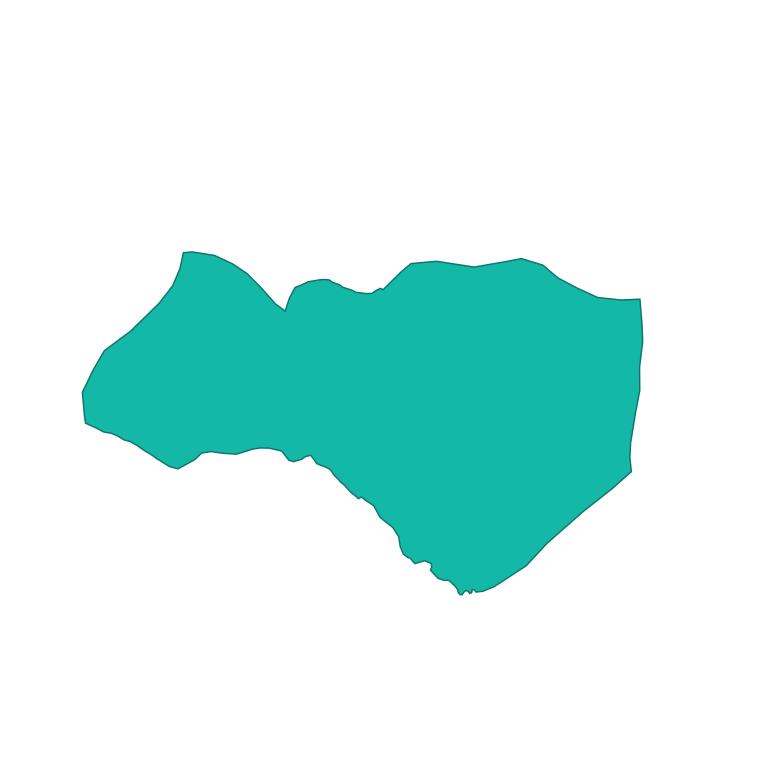 Puncak Jaya, Papua, Indonesia, rotated 137°
{"feature_id": "22746128B50358350022934", "entity_name": "Puncak Jaya", "entity_type": "district", "adm_level": 2, "iso_a3": "IDN", "parent_name": "Indonesia", "parent_adm1": "Papua", "projection": "natural_earth1", "projection_center": [137.994, -3.489], "detail": "fine", "context": "isolated", "style": "filled", "palette": "teal", "viewbox_px": 768, "rotation_deg": 137, "n_neighbors": 0, "source": "geoboundaries", "source_scale": "gbopen_adm2", "svg_char_len": 2895}
<svg xmlns="http://www.w3.org/2000/svg" viewBox="0 0 768 768"><g transform="rotate(137 384 384)"><path d="M629.0,558.9L626.5,553.0L624.5,548.1L622.7,542.9L621.6,539.9L619.9,537.7L619.2,536.7L617.1,534.0L615.1,529.6L614.2,527.6L613.4,524.6L612.7,522.1L612.3,520.6L609.3,515.6L608.8,514.6L608.2,512.8L607.7,511.4L607.3,509.9L606.6,507.9L606.5,507.6L606.3,506.7L605.4,502.1L604.6,498.5L604.6,498.3L603.9,496.1L602.7,492.3L602.6,491.9L601.6,487.1L601.1,484.2L600.5,482.2L600.2,481.2L597.2,470.0L593.6,464.1L592.6,462.5L591.8,462.3L584.5,460.4L577.3,458.6L575.8,458.2L574.5,457.9L574.2,457.8L573.5,457.8L572.7,457.8L572.2,457.8L566.9,457.8L565.2,457.8L564.3,457.8L556.3,452.3L554.0,449.4L552.4,447.3L550.6,445.1L547.2,441.2L544.4,438.3L539.8,433.3L537.9,432.4L535.7,431.3L532.3,429.7L530.9,429.0L529.7,428.4L524.5,426.0L520.1,423.0L518.2,421.7L514.5,418.1L511.9,415.6L507.7,409.5L504.5,404.6L505.6,393.1L503.0,388.8L496.1,385.4L495.6,385.1L490.7,384.4L486.2,381.8L486.7,376.5L486.7,375.9L487.5,371.8L485.7,367.7L483.4,363.3L481.9,359.3L481.8,357.1L481.8,356.3L482.7,351.2L482.4,345.7L482.6,342.3L481.9,336.9L482.1,331.4L482.1,326.5L481.2,322.2L480.9,317.6L477.4,316.5L477.0,313.2L476.8,311.5L475.7,307.0L474.4,301.4L474.8,300.9L477.8,289.1L477.7,288.0L475.6,274.3L475.4,273.1L477.4,262.2L483.0,254.1L485.8,246.4L485.8,246.1L484.9,240.7L483.7,239.1L483.9,231.6L474.9,227.1L471.9,220.6L473.7,217.8L477.0,216.1L477.0,210.5L477.0,205.0L474.0,199.5L470.4,196.0L470.0,189.0L470.0,186.6L470.2,183.9L471.8,181.1L472.0,178.0L470.4,176.6L467.9,177.3L464.9,177.1L463.9,175.1L464.1,172.4L463.0,171.8L461.8,171.8L459.9,173.5L458.2,172.0L458.6,169.1L453.0,165.0L441.7,160.7L433.4,159.2L413.7,155.8L404.1,154.1L373.3,156.3L354.9,155.8L353.2,155.7L325.0,154.9L297.3,152.6L288.6,151.9L269.1,151.4L262.9,151.2L254.3,162.6L243.4,173.1L225.4,187.0L218.8,192.1L201.5,204.7L186.0,221.6L183.6,223.7L166.0,238.5L154.2,252.2L139.0,271.5L153.1,283.5L168.8,301.6L177.8,323.7L180.5,331.4L184.5,343.1L186.8,362.6L189.6,367.5L198.0,382.0L212.5,391.1L238.3,408.0L261.8,437.8L263.4,439.1L282.1,453.6L294.7,454.3L318.8,453.6L320.3,453.4L321.3,456.3L325.0,457.5L331.1,458.6L335.9,462.7L338.4,466.0L342.2,470.4L343.5,474.5L348.1,482.7L348.9,486.8L352.2,493.2L353.2,497.6L356.1,500.8L360.0,504.1L364.1,506.7L369.7,510.5L377.5,512.9L383.1,515.2L387.9,513.7L394.2,511.4L397.8,509.6L402.8,506.7L406.5,504.7L408.8,516.7L408.4,531.6L408.3,538.6L408.4,544.5L408.7,552.4L408.8,557.9L410.5,565.2L411.4,569.1L412.8,575.1L420.3,593.7L421.5,595.2L424.3,598.8L426.5,601.6L429.4,605.3L434.4,611.6L441.1,616.8L454.2,607.8L455.1,607.3L471.5,600.0L480.3,598.5L486.3,597.6L493.5,596.4L514.3,595.9L533.4,595.5L544.0,596.7L555.0,597.9L565.6,599.1L576.6,595.8L582.2,594.1L586.7,592.7L590.6,591.3L596.8,588.8L610.2,583.7L614.9,577.7L620.8,570.1L624.4,565.5L625.0,564.6L626.7,562.2L629.0,558.9Z" fill="#14b8a6" stroke="#0f766e" stroke-width="1.5"/></g></svg>